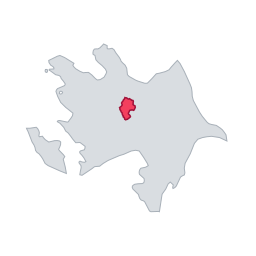 Agdash District, Ağdaş, Azerbaijan (highlighted), rotated 11°
{"feature_id": "54616110B75800990015815", "entity_name": "Agdash District", "entity_type": "district", "adm_level": 2, "iso_a3": "AZE", "parent_name": "Azerbaijan", "parent_adm1": "Ağdaş", "projection": "natural_earth1", "projection_center": [47.449, 40.556], "detail": "fine", "context": "in_parent", "style": "filled", "palette": "rose", "viewbox_px": 256, "rotation_deg": 11, "n_neighbors": 0, "source": "geoboundaries", "source_scale": "gbopen_adm2", "svg_char_len": 4785}
<svg xmlns="http://www.w3.org/2000/svg" viewBox="0 0 256 256"><g transform="rotate(11 128 128)"><path d="M174.8,204.2L173.8,204.1L166.4,205.8L164.9,205.3L158.6,197.4L157.3,196.6L154.6,196.2L153.0,194.9L151.7,192.8L151.0,191.3L144.5,187.0L143.5,185.5L143.4,184.1L144.3,182.9L145.4,181.9L148.6,180.8L152.3,179.9L153.5,179.2L154.1,178.1L154.0,176.3L153.4,174.5L148.1,171.3L147.5,169.9L147.3,168.2L147.6,166.4L148.4,165.0L152.8,163.1L155.1,161.1L153.6,158.9L149.0,153.9L143.4,148.4L139.7,148.4L135.5,150.0L128.7,154.7L124.9,156.7L120.0,160.0L114.6,163.7L110.2,167.7L107.5,170.9L102.6,172.3L100.1,175.1L91.9,183.2L89.6,183.1L89.5,179.1L89.6,175.9L89.1,174.0L86.5,171.5L86.5,170.4L87.2,169.7L89.2,170.1L91.8,170.0L93.1,169.0L90.3,165.6L87.8,163.4L85.7,161.9L85.2,161.0L85.2,160.3L85.7,159.6L89.3,157.7L89.6,156.1L89.4,154.2L83.7,151.4L79.5,152.4L75.7,149.3L73.2,146.9L70.2,144.3L67.4,142.9L64.8,139.6L60.3,136.3L57.4,135.3L57.4,134.8L58.0,134.2L59.2,133.7L67.3,133.8L68.3,133.2L68.8,131.8L69.9,129.7L71.2,126.5L71.1,123.9L63.0,119.7L57.1,115.8L53.1,110.6L50.3,105.9L50.5,104.3L51.3,102.8L57.6,98.5L58.0,97.4L57.9,96.6L55.7,94.4L52.9,92.1L52.0,90.4L50.2,89.6L46.8,89.5L40.9,86.7L39.7,86.4L39.4,85.9L39.7,85.3L43.9,84.2L43.9,83.2L42.6,82.0L40.2,81.1L38.0,78.9L37.3,76.8L45.0,71.0L47.3,69.8L52.2,70.9L62.6,74.8L61.9,76.9L62.9,78.1L65.3,79.8L69.9,81.5L73.7,82.3L75.7,81.6L78.7,81.0L82.5,82.9L86.1,85.4L87.9,86.4L88.8,86.7L91.5,85.8L94.8,82.7L96.1,78.9L96.4,77.0L94.6,74.5L90.7,71.7L86.3,69.3L83.5,67.2L81.7,63.0L79.9,62.5L79.5,62.0L79.2,60.6L79.2,58.6L79.9,57.0L81.6,56.4L83.4,56.1L85.1,54.7L87.1,51.8L88.0,50.2L91.8,51.1L92.3,53.7L92.9,54.2L94.5,53.9L97.1,52.8L99.2,53.7L101.9,56.7L105.6,60.0L107.6,62.2L108.4,63.7L110.3,65.1L113.1,66.8L115.3,69.5L117.3,75.8L119.3,77.2L126.5,79.6L129.0,80.1L136.0,80.9L138.5,80.3L142.1,74.9L145.4,69.4L148.4,68.2L153.9,65.5L157.2,63.0L158.6,60.3L161.7,55.1L163.6,52.2L166.8,54.8L172.5,61.8L180.6,73.2L182.6,76.4L183.9,80.1L185.0,84.6L186.9,88.6L195.1,98.7L198.7,102.4L204.5,107.2L206.5,108.3L209.2,108.6L214.2,108.6L218.7,110.5L221.0,111.8L223.3,113.8L225.5,116.0L227.6,121.9L219.7,119.9L211.7,120.2L207.2,121.5L202.9,123.2L198.7,125.7L196.1,130.4L194.0,141.5L190.8,151.8L190.9,156.6L192.4,161.2L192.2,163.4L190.8,164.3L188.9,166.2L186.5,175.7L185.3,177.6L183.7,178.8L183.2,177.7L183.3,175.2L179.8,173.0L178.0,175.4L176.7,180.7L174.2,186.2L174.1,187.2L174.8,204.2ZM56.6,106.9L57.0,105.4L56.0,104.7L54.9,104.7L54.0,105.4L54.0,107.3L55.2,107.6L56.6,106.9ZM30.1,149.9L28.9,148.4L28.4,147.6L31.9,146.9L37.8,144.8L39.4,145.8L41.1,147.9L41.9,149.6L42.0,152.9L42.7,153.5L45.6,152.4L46.9,153.7L49.1,155.3L52.9,156.9L58.4,154.4L61.1,153.8L63.3,153.8L64.6,154.6L65.0,157.2L64.5,160.3L63.9,162.1L65.0,163.3L69.5,166.4L71.4,168.1L70.4,171.0L73.8,178.2L74.9,181.0L76.2,184.4L69.3,183.1L56.9,180.2L53.5,178.7L50.3,174.7L48.4,172.7L45.6,170.3L43.3,169.3L41.5,167.6L40.5,165.0L39.1,162.8L36.5,160.0L30.8,150.9L30.1,149.9ZM38.0,88.6L37.2,89.1L36.1,88.6L35.7,87.4L35.8,86.3L37.0,86.0L37.9,86.3L38.2,87.4L38.0,88.6Z" fill="#d9dde1" stroke="#a8b0b8" stroke-width="1"/><path d="M127.6,100.0L127.2,100.0L126.8,100.0L126.5,100.2L126.1,100.1L125.7,99.6L125.3,99.5L124.7,99.4L124.4,99.1L123.9,98.9L123.8,99.0L123.5,99.3L123.0,99.5L122.6,99.4L122.2,99.3L121.6,99.1L121.1,98.7L120.6,98.7L119.8,98.8L119.2,98.7L119.2,98.8L119.1,99.2L119.0,99.6L118.9,100.1L118.7,100.5L118.6,100.8L118.4,101.1L118.1,101.4L118.0,102.2L117.8,102.7L117.3,103.5L117.1,104.1L116.9,104.7L117.4,105.7L117.6,105.8L117.9,106.4L117.8,106.8L117.6,107.4L117.3,107.8L117.0,108.3L116.6,108.6L116.4,108.9L116.2,109.1L116.0,109.5L115.9,109.6L116.2,109.9L116.3,110.5L116.5,111.0L116.6,111.5L117.0,111.9L117.5,112.3L117.8,112.7L118.0,113.2L118.4,113.7L119.1,114.0L119.4,114.6L119.6,115.2L119.9,115.8L120.1,116.2L120.7,116.7L121.1,117.1L121.1,117.9L121.6,118.2L122.1,118.3L122.4,118.7L122.6,118.8L122.8,119.3L122.9,119.5L123.2,120.1L123.8,120.2L124.1,120.4L124.5,120.2L125.1,119.8L125.4,119.7L125.9,119.5L126.1,119.2L126.4,118.8L126.4,118.7L126.7,118.4L127.1,118.1L127.3,117.8L127.5,117.5L127.7,117.2L128.2,116.7L128.2,116.2L127.7,115.5L127.4,115.3L127.1,114.9L126.6,114.7L126.2,114.5L126.1,114.4L125.7,114.0L125.6,113.7L125.6,113.2L125.7,112.7L125.9,112.2L126.0,111.8L126.1,111.3L126.2,110.8L126.3,110.4L126.6,110.2L127.2,109.9L127.7,109.9L128.1,109.5L128.7,109.4L129.2,109.4L129.5,109.6L129.8,109.7L130.3,109.5L130.5,109.0L130.7,108.3L131.0,107.8L131.0,107.0L131.1,106.7L131.2,106.4L131.1,106.0L130.7,105.2L130.6,104.9L130.4,104.9L130.1,104.8L129.8,104.7L129.4,104.5L129.1,104.4L128.8,104.1L128.5,104.1L128.4,103.9L128.4,103.6L128.4,103.3L128.4,102.8L128.2,102.5L128.2,102.1L128.2,101.8L128.2,101.3L128.2,101.0L128.1,100.6L127.9,100.3L127.7,100.1L127.6,100.0Z" fill="#f43f5e" stroke="#9f1239" stroke-width="1.5"/></g></svg>